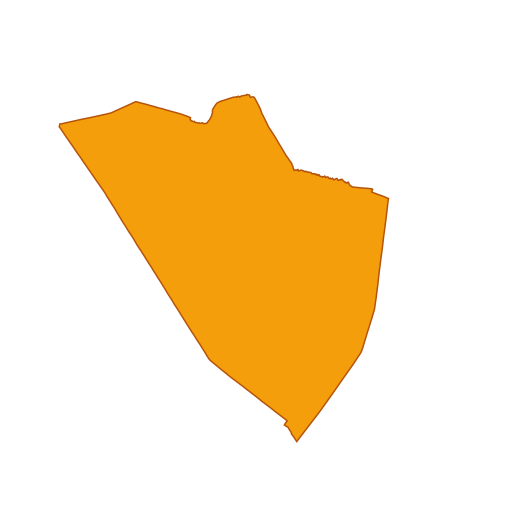 Tinh Bien, An Giang, Vietnam, rotated 161°
{"feature_id": "81297802B35428568609668", "entity_name": "Tinh Bien", "entity_type": "district", "adm_level": 2, "iso_a3": "VNM", "parent_name": "Vietnam", "parent_adm1": "An Giang", "projection": "natural_earth1", "projection_center": [105.002, 10.557], "detail": "fine", "context": "isolated", "style": "filled", "palette": "amber", "viewbox_px": 512, "rotation_deg": 161, "n_neighbors": 0, "source": "geoboundaries", "source_scale": "gbopen_adm2", "svg_char_len": 5964}
<svg xmlns="http://www.w3.org/2000/svg" viewBox="0 0 512 512"><g transform="rotate(161 256 256)"><path d="M277.9,67.3L247.8,87.2L244.2,89.7L229.2,100.4L214.4,111.2L199.1,122.2L188.3,130.5L185.3,134.0L177.4,145.0L169.3,156.0L167.4,158.6L161.4,166.9L155.8,177.8L150.3,189.0L145.0,200.2L139.6,211.2L134.1,222.1L128.8,233.2L123.3,244.1L118.0,255.0L112.8,265.9L112.0,267.2L112.7,267.7L114.2,269.2L117.2,271.8L120.6,274.4L123.6,277.0L124.2,277.4L125.9,279.1L125.4,279.6L124.9,280.0L124.0,281.0L124.6,281.8L128.9,283.8L135.6,286.7L139.0,288.3L142.6,290.0L142.8,290.6L143.3,291.0L143.6,291.4L143.8,291.7L144.1,292.1L144.2,292.5L144.5,294.0L144.5,294.8L144.5,295.4L144.6,295.7L144.8,295.8L145.1,295.8L145.7,295.6L146.5,295.4L146.8,295.4L147.0,295.7L147.1,296.0L147.2,296.6L147.3,296.7L147.5,296.8L147.8,296.8L148.0,296.8L149.4,299.7L149.6,300.3L149.8,300.6L150.0,300.6L150.6,300.5L151.1,300.3L151.2,300.8L151.8,300.8L153.0,300.7L153.5,300.6L153.8,300.8L153.9,301.3L154.0,302.1L154.1,302.6L154.3,303.0L155.8,303.0L156.6,302.8L157.0,302.6L157.5,302.6L157.7,302.8L157.9,303.2L158.0,303.8L158.2,304.4L158.3,304.6L158.9,304.5L159.5,304.4L159.8,304.4L160.0,304.6L160.4,305.4L161.6,305.4L161.7,305.8L161.8,306.3L162.2,307.2L162.6,307.5L163.2,307.6L163.7,307.4L164.0,307.4L164.3,307.4L164.5,307.7L164.9,309.1L165.1,309.2L165.4,309.1L166.2,308.9L166.7,308.7L167.0,308.7L167.2,308.8L167.3,309.0L167.4,309.3L167.5,309.5L168.2,309.7L168.3,309.8L168.5,310.0L169.0,310.3L169.3,310.3L169.5,310.5L169.7,310.9L169.8,311.4L169.9,312.1L170.0,312.4L170.1,312.5L170.4,312.6L171.3,312.2L171.5,312.2L171.7,312.4L171.8,312.6L171.9,313.1L171.9,313.4L172.0,313.5L172.3,313.3L172.7,313.2L172.9,313.2L173.0,313.4L173.2,313.7L173.4,314.5L173.6,314.6L173.9,314.6L174.2,314.7L174.9,315.2L176.0,315.2L176.2,315.4L176.5,315.8L176.6,316.3L176.7,316.7L176.9,317.0L177.2,317.3L177.5,317.4L177.9,317.5L178.4,317.6L178.5,317.7L178.6,317.8L178.7,318.1L178.8,318.2L179.0,318.3L179.3,318.4L179.7,318.7L180.3,318.8L180.6,319.0L180.8,319.1L180.9,319.3L181.0,319.5L181.4,320.0L181.9,320.0L182.8,320.0L183.0,320.4L183.2,320.7L183.4,321.0L183.7,321.1L184.4,321.8L185.4,322.5L185.7,322.6L185.9,322.6L186.6,322.5L187.7,322.5L188.1,322.6L188.3,322.8L188.1,323.3L188.1,323.9L188.1,324.1L188.3,324.2L189.0,324.2L189.3,324.0L189.6,324.0L190.0,324.0L190.3,324.2L190.6,324.4L191.2,324.6L191.6,324.6L191.8,324.7L192.1,324.6L192.2,327.1L192.0,329.3L192.2,330.9L192.1,331.9L192.3,332.7L192.5,333.5L193.2,335.4L193.5,336.4L193.7,337.5L193.9,338.2L194.8,341.2L195.7,345.3L196.8,350.8L197.6,354.3L198.1,356.7L199.0,361.6L200.0,365.5L201.2,370.5L202.1,373.8L202.6,378.2L203.2,383.0L203.7,386.9L204.0,388.1L204.0,391.0L204.0,393.6L204.4,396.3L205.0,400.8L205.9,406.1L206.1,406.5L206.5,407.0L206.9,407.4L207.5,407.6L208.0,407.7L209.2,407.8L209.5,407.8L209.7,408.0L209.9,408.4L209.9,409.0L209.7,409.4L209.7,410.1L210.0,410.5L210.8,410.9L211.2,411.0L211.6,411.5L212.0,411.7L212.4,411.6L212.7,411.4L213.1,411.2L213.4,411.2L213.8,411.4L214.2,411.6L215.0,411.7L215.9,411.7L216.7,411.9L217.6,412.0L218.3,412.0L219.5,411.5L219.8,411.5L220.0,411.8L220.1,412.3L220.5,412.7L220.8,412.8L221.4,412.8L222.2,412.5L222.4,412.4L222.7,412.6L222.8,412.9L223.0,413.0L224.1,413.0L224.8,413.1L225.5,413.5L239.9,413.8L240.6,413.6L242.0,413.6L242.8,413.4L243.9,412.8L245.3,411.9L247.1,410.5L248.9,409.0L249.7,408.1L250.0,407.3L250.2,406.3L250.5,405.8L251.0,405.0L251.3,404.7L251.6,404.2L252.3,403.2L252.6,402.7L255.2,400.3L256.2,399.5L257.0,399.1L258.5,398.1L259.2,397.6L259.7,397.6L261.4,397.9L261.9,398.0L262.3,398.1L262.5,398.2L262.7,398.7L262.8,398.9L262.9,399.1L263.1,399.2L263.3,399.3L264.0,399.5L264.6,399.5L265.0,399.5L265.6,399.7L265.9,399.9L266.1,400.2L266.4,400.3L266.7,400.5L267.4,400.6L267.8,400.7L268.7,401.3L269.1,401.6L269.8,402.0L270.1,402.3L270.3,402.8L270.3,403.0L270.5,403.3L270.8,403.2L271.0,403.2L271.3,403.3L271.6,403.6L272.7,404.7L273.4,405.0L273.6,405.5L273.5,406.2L273.8,406.9L272.9,408.2L276.4,411.2L281.2,415.0L293.9,423.7L296.6,425.7L299.5,427.5L302.3,429.5L303.5,430.4L305.2,431.5L311.1,435.6L314.1,437.5L318.0,440.2L319.5,441.1L321.1,440.9L324.1,440.6L342.2,438.9L346.2,438.5L351.2,438.9L356.4,439.5L366.5,440.7L377.0,442.1L396.8,444.3L398.4,444.7L400.0,442.2L399.5,440.8L397.5,433.4L397.0,431.5L396.5,429.5L395.9,427.7L395.5,426.0L395.1,424.9L393.8,420.2L392.7,416.2L392.4,415.2L392.0,413.5L391.7,412.6L391.5,411.6L391.1,410.6L389.7,405.6L389.4,404.4L389.1,403.4L388.7,401.8L387.4,397.3L385.8,391.4L385.1,389.2L384.9,388.5L384.7,387.8L384.6,387.1L384.6,386.9L384.1,385.5L383.5,383.2L383.1,381.9L382.4,379.3L381.5,376.2L381.1,374.9L380.7,373.4L380.0,370.9L379.9,370.6L379.7,370.0L379.5,369.4L379.4,368.9L379.2,368.2L378.4,365.3L377.9,363.1L377.8,362.1L377.2,359.3L376.9,358.3L375.2,351.0L374.5,348.3L373.8,345.2L373.2,341.8L373.0,341.1L371.0,331.7L369.8,327.1L368.3,320.1L367.7,318.1L366.5,313.5L365.9,310.3L365.2,306.9L364.7,304.5L364.0,302.1L363.9,300.8L363.7,300.7L362.8,297.4L362.7,296.3L362.3,294.9L361.5,291.7L361.2,290.2L360.7,288.0L359.5,283.1L359.2,282.0L358.7,280.1L358.1,277.0L357.4,274.1L356.4,270.2L356.0,267.8L354.9,263.6L354.2,260.6L352.8,254.4L351.6,248.6L349.9,241.7L349.5,239.8L349.0,237.2L348.1,233.8L348.0,233.3L347.3,230.5L346.5,226.9L345.2,221.3L344.9,219.9L341.5,205.4L340.2,200.4L338.9,194.8L337.8,190.8L337.3,188.4L336.9,186.6L335.5,180.8L334.9,177.6L333.9,173.7L333.1,171.9L330.2,167.2L329.8,166.5L327.4,162.6L325.7,159.7L321.6,153.3L321.3,152.7L317.5,146.8L316.8,145.9L313.3,140.7L312.6,139.5L312.1,138.9L308.6,133.5L308.0,132.5L307.6,132.0L303.4,125.6L303.1,125.2L299.0,118.8L298.7,118.2L296.8,115.1L296.5,114.9L295.9,114.0L294.5,111.8L293.9,111.0L289.6,104.5L289.4,104.0L285.6,98.4L284.7,97.0L280.9,91.2L280.3,90.2L280.2,90.0L282.8,88.2L284.2,87.0L283.8,86.6L283.0,85.4L281.6,83.8L281.5,83.7L281.4,83.2L281.4,82.8L281.3,82.5L281.2,81.8L280.4,78.7L280.2,77.9L280.2,77.5L280.2,77.0L280.4,76.5L280.3,75.8L279.9,74.7L279.2,72.5L277.9,67.3Z" fill="#f59e0b" stroke="#b45309" stroke-width="1.5"/></g></svg>